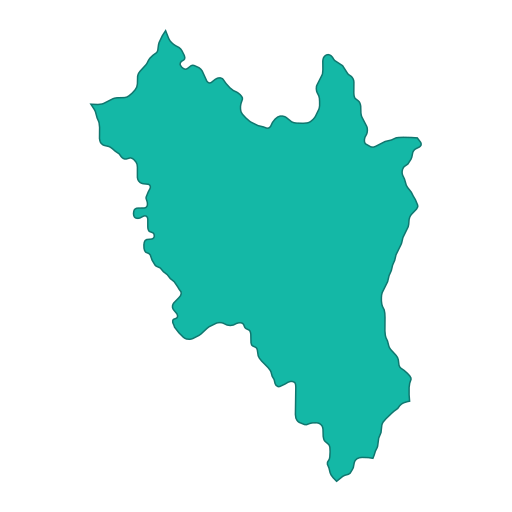 outline of Monte Plata, Monte Plata, Dominican Republic
{"feature_id": "3306468B2740041336238", "entity_name": "Monte Plata", "entity_type": "district", "adm_level": 2, "iso_a3": "DOM", "parent_name": "Dominican Republic", "parent_adm1": "Monte Plata", "projection": "orthographic", "projection_center": [-69.842, 18.762], "detail": "fine", "context": "isolated", "style": "filled", "palette": "teal", "viewbox_px": 512, "rotation_deg": 0, "n_neighbors": 0, "source": "geoboundaries", "source_scale": "gbopen_adm2", "svg_char_len": 6013}
<svg xmlns="http://www.w3.org/2000/svg" viewBox="0 0 512 512"><path d="M417.3,137.9L411.4,137.5L403.3,137.3L398.8,137.5L396.2,137.8L391.4,140.0L385.1,141.5L375.7,146.3L373.6,147.1L372.0,147.1L370.5,146.7L365.6,143.9L365.1,143.3L364.5,141.9L364.4,139.7L364.9,137.4L366.6,134.2L367.1,132.7L367.4,130.3L367.2,127.9L366.7,126.4L361.8,116.9L361.3,115.4L360.9,113.0L360.7,106.2L360.4,104.6L359.9,103.1L359.2,101.8L358.2,100.8L355.0,98.3L354.4,96.9L354.0,95.4L353.8,92.9L353.9,82.2L353.7,80.5L353.1,78.9L352.3,77.6L351.4,76.5L348.5,74.5L347.6,73.5L342.6,65.7L334.8,60.6L333.9,59.6L332.5,57.3L331.0,55.7L329.7,55.0L328.2,54.6L326.6,54.9L325.3,55.6L324.2,56.7L323.4,58.0L323.0,59.6L322.8,61.2L322.9,69.7L322.5,73.9L321.9,75.3L317.1,84.8L316.5,86.2L316.3,88.7L316.6,91.1L317.1,92.5L318.8,95.9L319.4,98.3L319.6,101.6L319.6,105.8L319.2,108.3L318.6,109.8L315.6,116.0L314.7,117.5L313.1,119.4L310.5,121.6L309.0,122.4L307.4,122.9L303.2,123.3L296.4,123.1L293.9,122.7L291.6,121.8L286.4,117.6L284.9,116.7L282.6,116.1L280.1,116.1L277.7,117.0L275.1,119.1L272.5,122.4L270.6,126.4L269.6,127.4L268.5,128.1L267.8,128.2L266.6,128.1L263.4,126.9L258.0,125.6L251.1,122.2L249.7,121.3L245.8,117.9L242.4,114.2L241.1,112.0L240.7,110.4L240.5,108.7L240.5,106.3L240.9,103.8L242.4,99.3L242.4,97.9L241.7,96.5L240.2,94.7L238.3,93.1L236.9,92.2L233.3,90.5L230.0,87.9L226.0,83.5L223.4,79.8L222.5,78.7L220.5,77.9L218.9,77.9L217.4,78.2L215.3,79.3L211.1,82.6L209.7,83.0L209.1,82.9L207.9,82.3L206.9,81.3L202.2,71.0L200.8,69.2L199.0,67.7L194.4,65.6L193.1,65.3L192.4,65.3L191.1,65.7L187.6,68.4L186.3,69.1L185.6,69.2L184.8,69.1L183.4,68.5L181.6,67.1L180.4,65.2L180.1,64.5L180.3,63.0L181.3,61.5L183.8,59.9L184.6,58.9L184.8,57.5L184.3,55.5L182.0,50.9L180.7,49.0L179.0,47.5L175.6,45.7L173.5,44.3L171.6,42.6L169.9,40.7L168.7,38.5L165.6,30.7L162.4,35.6L159.1,42.5L158.5,44.8L157.8,50.2L157.3,51.6L156.5,52.7L152.9,55.3L149.9,58.2L148.5,60.3L147.1,63.1L146.2,64.5L140.0,71.3L138.6,73.3L138.0,74.8L137.6,76.4L137.4,84.0L136.7,87.2L135.0,90.0L132.2,93.1L129.0,95.8L126.8,97.1L124.4,97.6L116.9,97.8L114.5,98.2L113.0,98.7L103.5,103.5L102.0,104.0L97.9,104.5L90.9,104.2L94.4,109.6L95.4,111.6L97.1,117.9L98.6,121.3L99.1,122.8L99.6,127.4L99.5,138.5L99.8,140.3L100.3,142.0L101.1,143.3L102.8,144.8L104.2,145.4L108.8,146.5L110.3,147.2L112.4,148.7L115.1,151.1L119.2,153.9L121.2,156.7L122.2,157.7L123.3,158.5L124.7,159.0L126.2,159.0L130.4,157.8L132.4,158.5L134.1,159.8L136.1,162.2L137.1,164.4L137.4,167.2L137.4,177.5L137.8,179.3L138.5,180.8L140.1,182.5L141.4,183.2L143.0,183.7L148.5,184.3L149.7,185.1L150.1,185.7L150.4,187.0L150.1,188.4L148.2,192.0L146.1,197.2L146.1,198.5L147.1,201.5L147.4,202.9L147.4,205.1L146.9,206.4L145.9,207.5L144.4,208.0L137.9,208.1L136.4,208.3L135.0,209.1L134.4,209.7L133.8,211.2L133.5,213.6L133.7,215.3L134.3,216.8L134.9,217.4L135.5,217.9L137.0,218.3L138.4,218.3L139.9,218.0L143.4,216.2L144.7,215.8L146.0,216.0L147.1,217.0L147.5,217.7L147.8,219.2L147.8,226.4L147.9,228.2L148.3,229.8L149.0,231.1L149.5,231.5L152.4,232.6L153.4,233.2L154.1,234.4L154.3,236.4L153.8,237.7L152.7,238.7L151.3,239.1L146.8,239.5L145.4,240.3L144.9,240.9L144.3,242.3L143.9,244.8L144.0,248.2L144.6,250.5L145.4,251.8L145.9,252.3L148.8,253.5L150.2,254.8L152.1,260.2L155.1,265.2L156.1,266.1L160.3,268.0L163.4,271.7L167.3,274.7L170.3,278.6L174.2,281.7L177.8,287.0L179.2,289.4L181.0,291.8L181.2,293.8L180.4,295.9L178.8,297.8L173.9,302.8L173.0,304.2L172.5,305.8L172.5,307.4L173.0,308.9L173.9,310.2L176.9,313.8L177.6,315.8L177.4,317.1L177.1,317.6L176.2,318.3L173.6,319.3L173.2,319.6L172.7,320.8L172.8,322.7L174.1,325.7L174.5,327.1L178.9,332.8L183.4,337.3L184.9,338.3L186.5,339.0L189.7,339.3L191.4,339.0L192.9,338.5L199.0,335.4L201.1,333.9L207.0,328.4L209.0,326.8L216.7,323.0L219.1,322.6L221.5,322.7L223.0,323.1L227.0,325.0L230.2,325.5L233.4,325.0L236.6,323.4L238.8,322.8L241.0,322.8L242.4,323.3L242.9,323.7L243.7,324.7L244.6,327.0L245.3,328.0L246.2,328.7L249.1,330.1L250.0,331.1L250.5,332.6L250.8,334.2L251.0,342.7L251.6,344.9L252.6,345.9L255.4,347.2L256.4,347.9L256.8,348.5L257.3,349.9L258.2,355.8L259.4,358.2L261.6,361.0L268.1,367.6L270.3,370.5L271.0,372.0L272.2,376.3L274.1,379.5L275.1,383.6L276.1,385.4L277.8,386.5L278.5,386.7L279.8,386.5L284.9,384.1L288.1,382.2L290.3,381.5L291.8,381.4L293.2,381.7L294.5,382.4L295.1,383.1L295.6,384.6L295.8,387.2L295.4,414.5L295.9,418.1L297.0,420.3L298.0,421.5L299.2,422.4L304.6,424.6L306.5,424.7L309.7,423.5L312.2,422.9L316.6,422.8L318.4,423.1L319.9,423.8L321.1,424.8L322.1,426.0L322.7,427.6L323.0,429.3L323.2,436.4L323.7,438.9L324.3,440.4L325.2,441.5L328.8,444.6L329.5,446.0L329.9,447.5L330.1,451.8L329.8,457.0L329.3,459.2L327.5,462.2L327.4,464.2L329.0,468.1L330.1,472.7L331.1,475.0L333.2,477.8L336.6,481.3L342.7,476.4L344.8,475.3L348.4,474.3L350.1,473.2L352.3,469.6L353.3,467.6L354.2,462.9L354.7,461.4L355.5,460.1L357.2,458.6L359.5,457.7L362.1,457.4L368.4,457.6L372.9,458.3L374.2,455.0L375.4,451.1L377.1,447.7L377.6,446.3L378.7,438.1L381.0,432.5L381.8,425.2L382.3,423.6L383.1,422.1L385.9,418.8L391.6,413.3L394.1,411.1L397.7,408.5L399.7,405.7L401.3,404.2L402.5,403.4L404.0,402.7L407.5,401.6L409.6,401.2L409.1,394.8L409.1,387.5L409.7,383.2L411.0,379.4L410.9,377.9L409.7,375.8L407.4,373.3L404.1,370.4L400.9,368.2L399.9,367.2L399.0,365.3L398.3,359.8L397.5,357.5L396.0,355.3L390.6,349.4L389.6,347.9L388.9,346.4L387.5,341.0L385.9,337.6L385.3,335.2L384.9,330.9L385.0,317.6L384.8,313.2L384.2,309.9L382.5,306.5L381.8,304.2L381.4,300.9L381.4,297.5L381.6,295.0L382.2,292.6L387.6,281.7L389.1,275.5L391.3,270.6L392.6,265.1L394.7,260.3L396.0,254.8L401.0,244.6L401.6,243.1L402.9,237.6L408.2,226.7L408.7,224.3L409.1,219.4L409.8,217.0L410.6,215.5L411.7,214.1L416.5,209.1L417.6,207.1L417.8,206.3L417.6,205.0L415.4,199.7L413.1,195.8L411.3,192.2L407.6,187.5L406.3,185.3L404.5,179.1L402.6,175.1L402.2,173.5L402.1,171.9L402.5,169.5L403.5,167.4L404.5,166.4L407.9,164.0L411.0,159.2L411.8,157.1L412.8,152.3L413.5,151.0L414.4,149.8L415.6,148.9L419.4,147.0L420.4,146.1L421.1,145.0L421.1,143.6L420.7,142.4L417.3,137.9Z" fill="#14b8a6" stroke="#0f766e" stroke-width="1.5"/></svg>